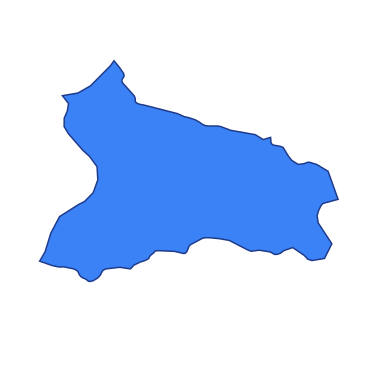 the District of Lhuntshi, rotated 283°
{"feature_id": "BTN-2483", "entity_name": "Lhuntshi", "entity_type": "District", "adm_level": 1, "iso_a3": "BTN", "parent_name": "Bhutan", "parent_adm1": "", "projection": "equal_earth", "projection_center": [91.057, 27.736], "detail": "fine", "context": "isolated", "style": "filled", "palette": "blue", "viewbox_px": 384, "rotation_deg": 283, "n_neighbors": 0, "source": "natural_earth", "source_scale": "10m", "svg_char_len": 1733}
<svg xmlns="http://www.w3.org/2000/svg" viewBox="0 0 384 384"><g transform="rotate(283 192 192)"><path d="M90.3,59.1L100.7,62.3L120.1,63.7L138.3,68.5L154.2,84.2L158.7,89.5L169.2,95.9L182.6,97.5L195.3,93.8L203.6,84.2L208.1,76.2L221.2,58.2L227.0,52.7L235.1,50.9L243.0,52.3L250.4,51.8L256.7,44.1L262.8,58.6L272.7,69.3L296.8,84.2L302.3,86.5L296.8,93.6L292.2,98.6L290.6,99.5L289.0,99.7L286.0,98.6L284.5,98.6L282.7,99.8L272.8,113.9L271.2,115.2L269.8,115.8L268.4,116.1L267.0,116.7L266.1,118.6L265.7,121.0L265.9,125.8L265.1,160.3L263.7,167.4L263.7,172.1L263.1,178.9L261.6,183.8L260.3,186.8L259.7,189.8L259.9,192.8L262.1,202.3L262.2,205.4L260.8,215.6L262.1,240.8L259.1,249.6L262.9,256.3L259.8,257.3L258.5,257.6L256.9,258.6L256.0,260.6L256.4,267.5L255.9,270.8L248.4,278.1L245.2,282.2L242.8,289.2L244.6,294.4L246.9,297.9L247.4,299.8L246.9,307.3L242.8,319.9L217.7,336.0L210.5,322.5L208.3,320.9L202.4,319.5L197.0,319.2L190.3,321.9L173.0,339.9L157.0,336.0L152.2,324.3L152.3,322.4L152.7,319.6L154.2,317.6L155.6,315.3L160.5,302.6L155.7,294.9L152.1,291.8L150.5,289.2L149.8,286.9L150.1,285.2L150.9,283.0L151.1,280.4L150.4,270.5L147.6,263.1L147.7,261.6L148.2,258.8L151.0,247.9L153.2,239.2L152.7,229.5L151.5,220.0L150.6,215.8L149.4,212.8L140.7,202.8L139.3,201.7L137.9,201.2L133.0,200.5L130.9,199.3L130.2,197.9L130.2,188.2L127.2,172.0L126.1,169.3L124.2,168.4L121.1,166.0L119.8,165.3L117.6,164.8L116.3,163.7L114.5,161.4L112.1,157.3L107.6,151.8L103.2,149.3L102.4,138.6L97.8,125.6L96.0,123.2L94.4,122.4L90.9,121.5L89.0,120.7L86.8,119.3L83.2,115.5L82.1,113.3L81.7,111.4L83.3,107.9L83.7,105.0L84.5,102.9L85.9,101.0L89.0,98.6L89.8,96.8L90.5,93.8L90.2,83.9L89.1,79.8L88.9,76.5L88.9,72.2L90.3,59.1Z" fill="#3b82f6" stroke="#1e3a8a" stroke-width="1.5"/></g></svg>